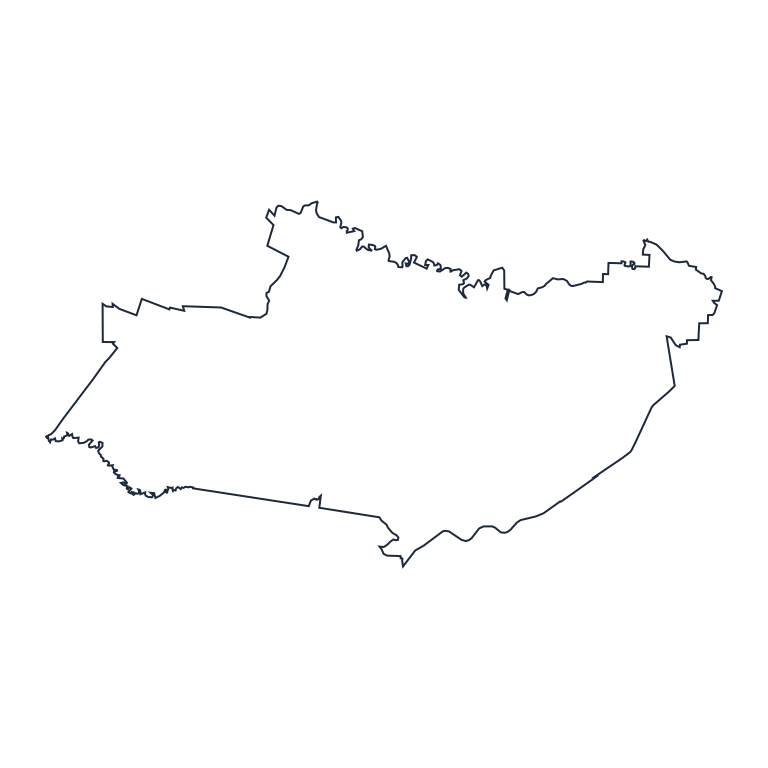 Chinameca, Veracruz, Mexico
{"feature_id": "50627088B80676997329582", "entity_name": "Chinameca", "entity_type": "district", "adm_level": 2, "iso_a3": "MEX", "parent_name": "Mexico", "parent_adm1": "Veracruz", "projection": "mercator", "projection_center": [-94.703, 18.06], "detail": "fine", "context": "isolated", "style": "outline", "palette": "slate", "viewbox_px": 768, "rotation_deg": 0, "n_neighbors": 0, "source": "geoboundaries", "source_scale": "gbopen_adm2", "svg_char_len": 6081}
<svg xmlns="http://www.w3.org/2000/svg" viewBox="0 0 768 768"><path d="M703.6,273.8L701.2,273.4L695.8,269.5L696.2,267.0L689.2,265.9L689.2,266.3L687.6,262.6L686.6,261.4L679.4,262.3L674.8,261.6L671.4,260.3L670.0,259.4L662.8,250.8L657.9,245.9L656.4,244.5L649.8,241.7L648.4,241.8L647.2,239.6L646.3,240.9L645.6,241.1L644.2,240.1L643.5,240.6L645.3,245.2L643.2,249.4L642.8,254.6L649.5,254.9L648.9,266.7L635.3,266.3L635.2,268.1L634.2,269.1L632.5,268.9L631.8,266.3L633.7,263.8L634.4,264.0L634.5,263.2L634.2,262.5L631.9,261.4L630.5,261.6L630.6,265.3L629.9,266.2L628.3,266.5L624.8,265.8L624.5,265.2L625.4,262.4L623.7,261.5L621.5,261.3L621.5,263.3L608.5,262.9L608.1,274.2L603.0,274.0L602.8,282.1L587.0,281.5L585.7,282.6L584.2,282.5L581.8,283.8L573.1,286.0L571.3,285.9L569.4,284.6L566.9,280.9L563.4,279.0L557.8,279.4L552.9,278.2L545.6,284.4L544.7,285.8L542.3,287.2L537.8,288.4L536.2,291.7L534.6,293.4L533.1,294.4L530.8,295.1L529.0,295.4L527.1,294.8L524.1,292.0L522.2,292.1L518.2,294.1L510.7,291.4L509.3,290.1L506.8,300.2L505.5,298.4L507.8,289.7L504.4,288.8L504.2,270.4L502.2,267.7L493.6,270.4L490.4,276.5L490.4,277.8L485.6,280.2L484.6,281.5L488.6,284.9L487.2,288.5L486.6,285.9L485.4,284.5L484.6,284.4L482.3,286.1L480.1,281.3L478.8,280.1L477.9,280.3L474.0,287.3L470.6,285.0L469.0,284.6L464.5,287.3L463.4,288.5L463.1,289.9L463.3,293.7L465.8,297.6L464.6,297.5L458.7,289.8L459.2,284.7L463.1,284.2L464.0,283.1L463.3,280.2L467.0,278.4L468.6,276.2L468.5,275.1L468.1,273.9L466.3,272.6L461.8,276.7L460.0,275.3L461.5,271.0L459.4,269.2L452.8,270.3L450.9,271.6L450.5,271.6L450.6,268.9L448.0,267.9L445.4,268.0L440.0,271.5L437.5,271.3L437.0,270.9L437.7,269.5L440.7,268.9L440.7,266.4L440.3,264.9L438.0,263.3L436.8,265.1L434.3,265.5L433.9,263.4L432.7,261.9L427.8,259.4L425.9,261.1L425.2,265.0L428.3,265.0L426.7,268.6L414.0,262.6L416.9,256.9L414.7,255.1L411.2,255.3L411.1,258.9L409.5,264.8L408.0,266.2L406.5,266.3L405.7,263.5L408.0,263.9L409.3,261.9L407.1,257.8L405.7,258.1L402.8,261.6L402.3,262.8L402.6,266.1L402.2,267.3L398.4,267.0L397.6,264.5L396.4,263.0L394.2,261.8L388.9,261.1L388.5,260.2L389.7,256.5L389.2,253.3L386.0,245.8L380.9,248.8L376.9,249.7L374.9,249.3L375.3,246.7L374.7,245.8L372.1,244.8L369.0,244.6L368.6,246.7L369.5,248.6L372.1,250.8L367.6,249.8L363.7,246.6L362.2,246.5L359.8,249.4L356.8,250.7L356.5,249.6L358.3,245.3L358.9,240.3L361.2,239.3L362.9,237.0L362.2,231.2L354.9,228.0L352.8,228.7L354.3,231.1L346.8,232.7L346.8,231.1L347.7,229.9L347.7,228.5L346.7,227.4L343.6,226.9L341.4,228.2L340.3,227.1L341.4,222.7L341.0,220.7L338.4,216.9L335.9,217.4L336.0,222.4L333.4,222.4L319.1,217.1L316.8,213.6L316.0,210.5L317.0,203.9L317.7,202.6L317.1,201.6L311.5,203.3L308.9,205.3L304.6,205.5L303.2,206.6L300.6,213.0L298.9,213.9L290.6,210.1L286.7,209.9L281.4,206.1L278.3,205.7L276.5,207.6L274.5,215.7L269.1,209.8L266.2,217.6L273.5,225.1L267.3,245.8L288.5,256.7L284.5,267.4L280.1,276.0L277.0,280.0L270.5,286.3L268.9,291.8L266.5,293.0L266.4,296.0L269.2,300.8L267.6,304.0L267.4,310.1L266.4,313.8L260.5,317.6L250.0,317.0L249.9,317.6L221.1,307.5L182.9,306.2L184.2,310.8L170.0,307.6L169.4,309.4L141.8,298.9L136.5,315.3L119.2,308.8L112.6,303.8L112.8,307.0L106.4,306.4L102.6,303.8L102.8,342.0L114.2,342.1L112.9,343.7L117.3,348.0L109.0,358.3L105.4,361.9L93.5,378.6L63.0,418.9L55.2,430.0L51.3,434.0L46.1,436.6L47.0,438.0L48.2,437.6L48.8,440.6L50.1,442.3L51.0,439.5L53.3,439.5L55.0,438.4L55.8,441.1L58.9,441.4L62.5,440.3L62.3,438.3L63.2,438.8L64.0,437.9L64.1,436.5L66.7,435.7L67.3,434.4L67.0,432.8L67.9,433.3L69.2,435.9L72.0,434.1L72.8,437.6L73.6,438.1L78.6,437.6L78.1,441.4L79.2,443.3L83.8,442.8L86.8,441.2L88.4,439.6L91.1,439.4L92.6,440.5L89.0,444.6L89.3,447.1L90.6,447.5L95.1,446.2L96.1,448.0L98.4,447.4L99.2,445.1L98.8,442.3L99.9,441.8L102.5,442.9L102.4,446.4L98.1,450.8L99.0,453.2L100.9,455.3L100.9,456.5L103.5,458.7L103.2,460.9L104.0,461.3L106.6,460.8L108.9,462.3L109.1,463.0L107.8,465.2L108.4,465.7L112.8,465.2L112.3,466.4L113.7,469.6L116.8,470.0L117.1,470.7L115.7,471.4L114.3,471.2L113.8,472.2L114.7,473.5L117.6,475.0L119.6,475.2L119.5,475.8L117.7,477.2L117.7,478.0L123.4,478.5L126.9,482.7L126.5,483.7L125.3,483.7L123.5,482.3L120.9,482.9L123.3,485.0L127.5,486.2L126.8,488.4L127.3,489.1L128.0,489.1L129.4,487.3L131.4,488.5L130.5,489.9L128.4,491.6L128.5,492.2L130.6,493.3L131.3,493.2L131.8,492.1L133.1,492.3L132.1,493.7L133.6,494.9L134.6,494.2L134.9,493.1L137.7,493.8L139.1,492.9L139.1,491.0L138.3,489.5L139.7,489.9L140.3,490.9L140.4,494.2L145.2,492.4L145.0,494.0L145.8,495.7L148.1,496.9L151.9,497.4L153.3,495.2L150.6,492.8L154.1,493.1L155.4,498.0L159.7,495.9L164.4,492.1L164.5,491.4L166.9,492.7L167.3,491.8L164.9,490.4L165.2,489.7L165.9,489.6L167.5,490.2L168.1,489.9L168.3,488.4L167.8,487.1L170.9,487.9L172.6,487.6L172.5,490.1L173.0,491.0L173.6,490.0L175.6,490.5L176.1,488.4L177.9,486.9L180.7,489.1L181.8,487.4L183.6,487.9L185.2,486.8L188.7,487.3L190.2,486.8L193.4,487.5L193.5,488.1L192.1,488.2L309.6,506.3L308.8,505.9L310.9,500.6L314.4,498.6L315.3,499.4L316.5,499.1L316.8,499.7L319.1,499.0L319.2,497.2L320.8,495.7L319.3,507.8L379.4,517.3L381.5,520.6L386.6,524.7L387.9,527.6L392.3,532.8L396.5,535.3L398.4,537.5L397.8,540.0L395.8,540.2L393.4,539.5L390.1,541.8L387.3,544.7L383.8,547.0L379.5,546.6L381.6,549.2L383.5,553.7L386.8,555.6L400.6,556.1L400.7,558.3L402.4,558.5L402.2,561.0L403.0,566.4L415.2,550.5L423.6,545.7L442.9,531.3L445.2,530.8L449.0,531.4L461.6,539.9L465.8,541.0L468.6,540.3L471.6,538.2L479.2,528.4L483.6,526.4L492.2,526.4L495.0,527.6L500.9,532.4L504.6,532.8L507.5,532.0L510.4,529.8L517.2,522.3L520.6,520.1L535.6,516.5L543.5,513.3L560.2,501.4L560.8,501.7L561.6,501.2L578.7,489.2L596.1,476.8L594.5,476.9L622.5,457.9L630.0,452.2L631.3,450.7L635.5,442.3L651.6,407.4L653.4,405.1L669.4,391.2L674.7,385.9L666.6,336.3L670.7,337.5L675.8,345.2L679.7,347.2L680.0,344.7L686.9,343.7L687.0,340.2L698.4,340.0L699.2,323.3L707.8,323.2L708.1,315.1L712.6,315.0L714.4,313.0L717.1,305.1L714.2,303.0L712.8,300.8L718.8,300.7L721.9,291.1L715.2,288.2L715.1,286.4L713.2,283.0L711.0,280.3L711.6,277.2L710.8,277.0L708.3,279.0L706.7,278.8L705.7,278.1L705.4,276.2L703.6,273.8Z" fill="none" stroke="#1e293b" stroke-width="2"/></svg>